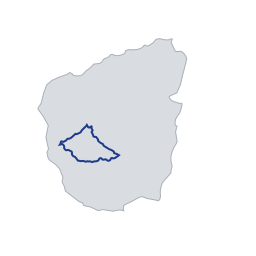 Florida on a map of Uruguay (orthographic projection), rotated 61°
{"feature_id": "URY-18", "entity_name": "Florida", "entity_type": "Department", "adm_level": 1, "iso_a3": "URY", "parent_name": "Uruguay", "parent_adm1": "", "projection": "orthographic", "projection_center": [-55.814, -33.776], "detail": "medium", "context": "in_parent", "style": "outline", "palette": "blue", "viewbox_px": 256, "rotation_deg": 61, "n_neighbors": 0, "source": "natural_earth", "source_scale": "10m", "svg_char_len": 3597}
<svg xmlns="http://www.w3.org/2000/svg" viewBox="0 0 256 256"><g transform="rotate(61 128 128)"><path d="M198.4,171.9L196.9,173.2L195.3,175.7L193.4,181.6L187.1,189.6L185.8,194.2L179.1,198.9L174.4,204.3L171.4,204.1L168.7,206.4L153.0,213.3L147.4,211.9L143.3,211.9L139.5,208.8L130.7,207.6L125.2,208.9L117.8,212.3L115.6,212.3L114.0,212.1L110.0,210.7L107.8,207.7L96.4,204.3L87.1,196.5L76.2,196.5L67.9,197.6L66.6,196.6L65.7,194.6L64.0,191.7L56.6,184.9L50.8,178.1L49.5,171.3L50.1,163.8L51.6,155.0L51.2,152.2L53.3,150.6L55.4,150.3L57.4,147.9L59.1,144.5L59.3,141.9L57.8,137.1L56.7,130.4L55.5,127.0L57.7,121.7L57.7,119.1L56.3,116.9L55.9,114.6L56.5,112.2L56.3,109.9L55.4,107.7L56.0,105.9L58.1,104.4L59.7,102.1L60.7,99.1L61.2,96.8L61.2,95.3L60.5,93.8L59.1,92.4L59.7,89.7L62.2,85.5L63.8,81.8L64.5,78.5L64.4,76.0L63.5,74.0L63.8,72.7L65.4,71.9L66.1,69.8L65.7,64.7L64.0,60.4L65.2,57.0L68.7,53.1L70.6,49.9L70.7,47.5L71.8,46.1L73.6,48.6L78.7,49.2L83.9,49.3L84.7,48.6L86.7,44.3L89.4,43.1L92.3,42.7L95.5,42.9L98.9,45.7L108.5,54.8L115.6,61.2L117.7,64.2L119.6,66.4L121.0,68.5L120.4,74.0L120.5,76.4L120.8,77.0L122.4,77.1L124.8,76.7L126.8,75.5L128.4,73.8L129.9,72.4L131.1,71.6L131.6,70.4L132.3,69.2L133.0,69.0L134.4,69.9L137.7,73.0L140.2,75.9L140.8,77.6L141.8,79.3L142.8,80.8L143.5,82.3L146.0,84.2L148.4,85.4L150.1,84.2L154.3,88.2L163.6,91.6L165.2,93.6L166.8,96.5L170.0,100.8L174.4,104.8L178.0,106.5L181.4,107.5L183.4,108.4L184.7,109.9L186.7,111.5L188.1,112.2L188.5,113.6L189.8,116.8L191.1,120.8L192.6,124.5L195.9,128.1L199.6,130.9L203.4,132.6L205.6,134.6L206.5,136.6L203.8,139.5L200.8,143.2L198.3,146.1L195.6,148.1L194.7,149.5L194.1,151.7L193.9,163.3L193.6,167.6L193.7,168.8L194.1,169.6L195.7,170.7L197.6,171.8L198.4,171.9Z" fill="#d9dde1" stroke="#a8b0b8" stroke-width="1"/><path d="M143.0,152.3L143.8,151.8L145.4,150.3L147.4,149.1L147.7,151.0L147.7,152.3L148.0,153.9L147.9,154.2L147.5,155.5L147.1,156.1L146.5,156.5L146.3,157.1L146.4,157.7L147.1,158.7L147.4,159.2L147.4,160.0L147.4,160.5L147.1,161.1L146.6,161.7L145.4,162.2L144.7,162.6L144.3,163.4L143.8,164.8L143.4,165.4L143.0,165.7L142.6,165.8L141.4,166.2L141.1,166.5L140.9,167.3L140.9,167.9L141.9,169.5L142.0,169.9L142.0,170.3L141.8,171.7L140.6,174.3L140.6,175.5L140.3,176.0L139.0,177.1L138.7,177.5L138.3,178.5L137.3,179.8L137.2,180.2L137.2,180.7L137.1,181.1L136.8,181.5L135.4,182.8L135.1,183.1L134.8,183.7L134.3,184.9L134.0,185.5L133.2,186.3L132.3,187.6L128.6,188.1L127.8,188.3L125.9,189.6L125.3,189.7L124.6,189.8L124.0,189.8L122.5,189.0L121.9,188.8L121.2,188.8L118.3,190.8L118.1,191.2L117.7,192.3L117.5,192.8L117.2,193.1L116.9,193.2L115.5,193.6L115.0,193.6L114.7,193.6L113.0,192.7L112.3,192.7L111.4,192.7L111.0,192.9L110.3,193.2L110.0,193.8L109.5,195.6L109.1,194.9L107.5,193.2L107.4,193.0L107.4,192.8L107.6,192.5L107.7,192.3L108.5,191.7L108.7,191.4L108.8,191.1L108.9,188.8L108.9,188.4L108.7,187.9L108.2,186.5L108.1,186.1L108.3,185.7L108.9,184.5L109.0,183.7L108.9,182.2L108.0,178.0L107.6,176.8L108.3,176.1L108.6,175.4L108.8,171.9L108.6,171.2L108.0,170.2L107.6,169.5L105.9,163.4L105.4,162.5L107.8,162.5L108.3,162.3L108.6,162.0L108.9,161.5L108.8,159.4L108.8,159.2L109.0,159.1L109.3,159.2L110.3,159.9L110.8,160.2L112.4,160.0L112.9,160.1L113.2,160.4L113.6,161.5L113.8,161.7L114.2,161.9L116.1,161.8L116.9,161.9L118.3,162.3L118.5,162.3L118.8,162.2L119.6,161.5L119.9,161.0L120.1,160.4L120.5,160.2L121.5,160.1L123.0,159.8L123.5,159.8L124.3,160.2L124.9,160.3L126.1,159.9L128.0,159.1L128.7,158.6L129.5,157.9L130.3,157.7L131.6,157.9L132.3,157.6L137.9,154.4L138.8,153.4L141.7,151.8L142.0,151.9L142.6,152.2L143.0,152.3Z" fill="none" stroke="#1e3a8a" stroke-width="2"/></g></svg>